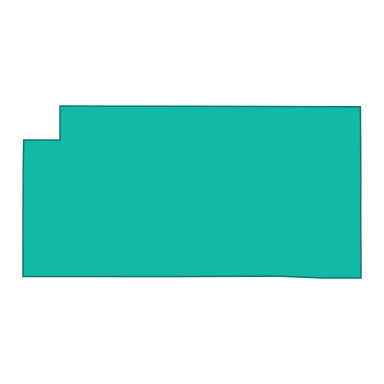 the district of Marathon, Wisconsin, United States of America
{"feature_id": "52423323B47100062979933", "entity_name": "Marathon", "entity_type": "district", "adm_level": 2, "iso_a3": "USA", "parent_name": "United States of America", "parent_adm1": "Wisconsin", "projection": "natural_earth1", "projection_center": [-89.786, 44.901], "detail": "fine", "context": "isolated", "style": "filled", "palette": "teal", "viewbox_px": 384, "rotation_deg": 0, "n_neighbors": 0, "source": "geoboundaries", "source_scale": "gbopen_adm2", "svg_char_len": 388}
<svg xmlns="http://www.w3.org/2000/svg" viewBox="0 0 384 384"><path d="M23.7,140.0L23.2,171.5L23.0,276.5L77.6,276.5L96.3,276.5L132.0,276.6L168.8,276.6L278.6,276.2L323.2,278.0L361.0,278.0L360.7,209.5L360.8,175.6L360.6,141.8L360.4,106.8L298.2,106.6L277.8,106.5L205.3,106.3L132.0,106.2L107.5,106.2L60.0,106.0L60.0,140.1L23.7,140.0Z" fill="#14b8a6" stroke="#0f766e" stroke-width="1.5"/></svg>